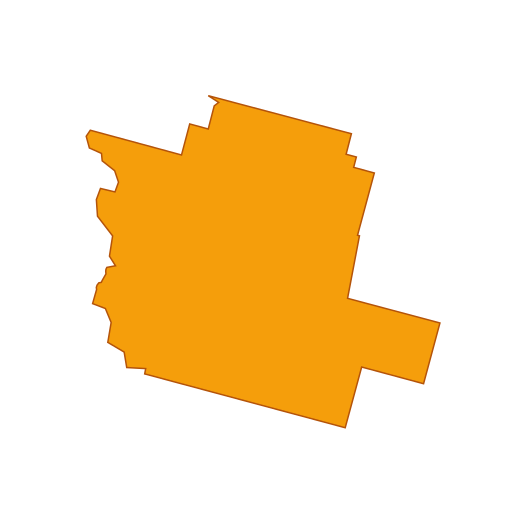 Greer, Oklahoma, United States of America, rotated 195°
{"feature_id": "52423323B82267660013487", "entity_name": "Greer", "entity_type": "district", "adm_level": 2, "iso_a3": "USA", "parent_name": "United States of America", "parent_adm1": "Oklahoma", "projection": "robinson", "projection_center": [-99.448, 34.921], "detail": "fine", "context": "isolated", "style": "filled", "palette": "amber", "viewbox_px": 512, "rotation_deg": 195, "n_neighbors": 0, "source": "geoboundaries", "source_scale": "gbopen_adm2", "svg_char_len": 792}
<svg xmlns="http://www.w3.org/2000/svg" viewBox="0 0 512 512"><g transform="rotate(195 256 256)"><path d="M61.1,176.0L61.0,238.9L156.6,238.8L161.3,302.3L163.3,302.3L163.2,366.8L184.6,366.9L184.7,377.6L195.3,377.6L195.5,398.8L343.6,398.5L331.8,394.7L335.2,390.2L335.0,366.3L354.2,366.4L354.1,334.3L448.6,334.6L451.0,327.7L444.9,317.2L431.8,315.1L429.2,308.1L414.6,301.8L407.9,291.7L408.8,281.4L423.7,281.0L424.8,269.2L419.4,253.4L399.7,238.3L397.5,217.9L389.2,210.2L397.1,206.4L397.5,204.4L397.2,202.4L396.3,199.8L396.8,198.0L398.2,192.7L398.6,190.5L400.9,189.4L402.0,186.7L402.1,184.3L401.3,182.4L401.5,167.7L387.9,166.3L378.7,154.3L376.8,134.2L358.5,129.1L352.0,114.8L333.4,118.7L333.0,113.3L125.4,113.2L125.2,176.1L61.1,176.0Z" fill="#f59e0b" stroke="#b45309" stroke-width="1.5"/></g></svg>